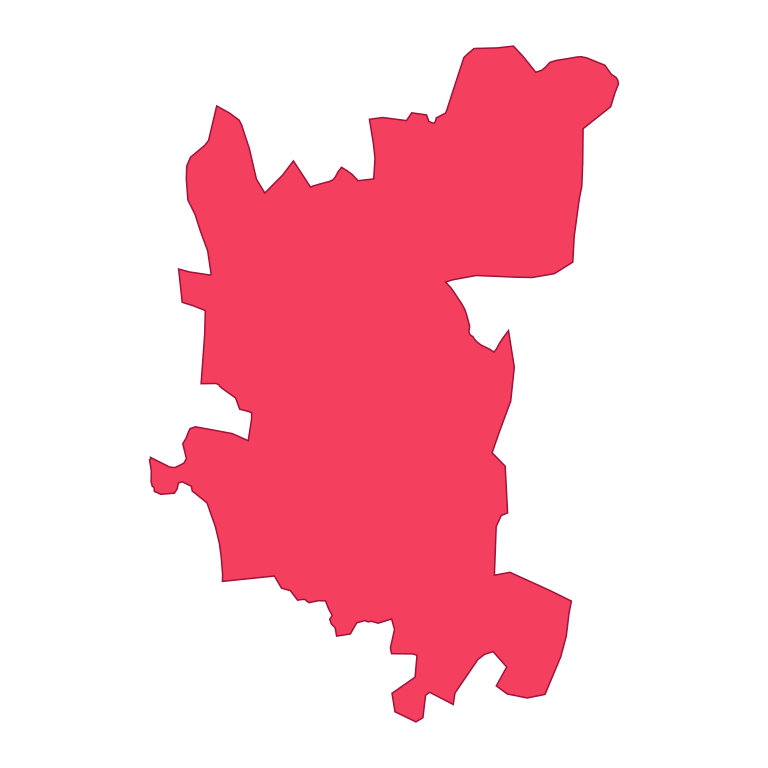 Bindawa, Katsina, Nigeria
{"feature_id": "59680162B3936014826761", "entity_name": "Bindawa", "entity_type": "district", "adm_level": 2, "iso_a3": "NGA", "parent_name": "Nigeria", "parent_adm1": "Katsina", "projection": "equal_earth", "projection_center": [7.884, 12.708], "detail": "fine", "context": "isolated", "style": "filled", "palette": "rose", "viewbox_px": 768, "rotation_deg": 0, "n_neighbors": 0, "source": "geoboundaries", "source_scale": "gbopen_adm2", "svg_char_len": 2906}
<svg xmlns="http://www.w3.org/2000/svg" viewBox="0 0 768 768"><path d="M201.1,383.7L216.2,383.5L219.2,385.0L219.6,386.1L221.8,388.1L235.6,398.0L239.7,409.2L248.6,411.5L251.7,412.8L251.5,419.7L248.2,440.7L232.3,433.6L209.8,429.4L195.4,426.8L190.1,428.6L188.8,431.1L186.0,438.3L182.8,443.7L186.4,458.6L183.8,463.2L174.9,467.6L169.6,467.0L150.5,457.4L150.6,459.1L149.5,459.8L150.2,463.9L150.6,466.4L151.3,470.9L151.1,481.9L151.8,484.3L152.2,485.7L152.2,486.3L154.0,487.4L154.4,491.4L160.8,494.3L174.4,493.2L177.0,489.2L178.5,483.0L182.2,481.8L191.3,486.3L192.3,491.2L194.4,492.7L207.0,502.9L215.4,526.7L219.4,543.4L221.2,557.2L222.6,574.2L222.4,581.4L274.4,576.0L281.5,588.2L290.3,590.6L297.6,600.2L300.5,599.7L304.3,599.3L305.6,599.9L306.3,600.8L309.1,602.7L310.3,602.4L318.2,600.7L325.5,600.9L328.7,609.0L332.2,615.5L329.7,619.2L331.3,623.9L335.2,627.9L336.6,636.1L350.3,634.0L356.7,622.9L364.8,620.6L368.1,621.9L371.6,621.3L378.1,623.2L391.6,619.0L394.5,629.4L390.4,648.0L391.6,653.7L412.5,653.9L417.0,655.2L415.1,677.1L392.0,693.3L395.0,711.8L415.9,721.9L422.9,717.7L425.6,695.2L429.7,692.3L453.2,704.5L455.0,693.0L477.9,659.5L484.5,654.4L493.1,651.6L506.7,667.0L496.3,685.9L507.3,694.0L527.1,698.0L545.0,694.4L560.7,656.9L566.3,636.0L569.0,613.4L571.4,601.1L550.1,590.6L509.9,572.3L494.4,575.2L496.2,526.5L501.3,515.5L507.6,512.9L505.2,466.2L492.1,452.8L499.1,432.6L510.7,401.2L514.3,367.3L508.5,330.6L506.7,332.9L502.9,338.1L499.4,343.4L496.2,349.4L493.7,352.1L490.2,349.5L486.0,347.4L481.4,345.2L477.2,342.2L474.4,339.1L473.0,336.7L470.0,334.8L468.9,331.4L469.7,326.4L468.1,320.2L467.5,318.0L466.3,313.8L464.9,309.8L463.9,307.7L461.5,303.4L457.7,297.8L453.9,292.0L450.9,287.8L445.6,282.1L452.8,279.8L476.1,275.5L516.0,277.2L532.1,277.5L554.2,273.7L554.3,273.7L572.8,262.1L574.2,236.5L579.2,199.5L581.8,186.1L582.7,163.0L582.8,154.6L583.1,128.7L610.6,106.8L611.7,103.5L615.0,92.7L618.5,83.9L617.8,80.3L616.3,77.7L611.3,74.2L604.8,65.2L586.6,57.8L581.0,56.7L577.0,57.0L571.9,57.9L556.4,60.4L550.0,62.3L545.0,67.6L541.7,70.3L535.7,72.2L523.0,56.3L513.4,46.1L497.2,47.9L474.0,48.5L467.7,53.9L463.9,57.5L453.9,88.1L447.9,106.6L446.8,110.2L445.4,113.2L436.2,117.9L435.8,120.4L434.5,122.8L432.8,123.2L431.4,122.5L428.9,121.4L426.5,114.9L411.7,112.8L406.5,120.6L382.7,117.5L369.4,119.3L373.3,142.9L375.0,158.3L373.7,178.9L358.1,180.7L351.9,174.2L346.6,170.4L341.5,167.3L340.1,169.2L338.2,171.4L337.3,173.2L335.7,176.3L333.9,178.9L332.7,179.9L329.4,181.5L326.4,182.2L324.1,182.9L320.1,183.9L316.7,185.0L313.4,185.8L310.6,187.2L293.4,160.9L282.6,175.1L264.8,193.0L256.4,179.1L249.4,148.8L241.6,125.0L239.2,120.2L229.7,113.2L216.7,105.9L208.6,140.3L204.8,145.3L190.5,157.2L186.7,166.2L186.3,178.9L187.9,200.0L195.1,214.6L200.6,231.7L207.7,250.9L211.1,273.8L210.5,275.1L189.2,271.9L178.6,269.0L182.2,302.3L193.6,305.9L205.3,310.6L204.7,334.2L201.1,383.7Z" fill="#f43f5e" stroke="#9f1239" stroke-width="1.5"/></svg>